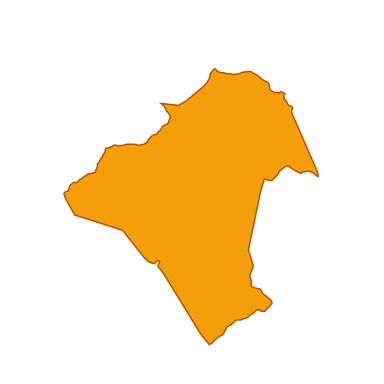 Guanambi, Bahia, Brazil, rotated 293°
{"feature_id": "56859067B56952710224851", "entity_name": "Guanambi", "entity_type": "district", "adm_level": 2, "iso_a3": "BRA", "parent_name": "Brazil", "parent_adm1": "Bahia", "projection": "orthographic", "projection_center": [-42.803, -14.19], "detail": "fine", "context": "isolated", "style": "filled", "palette": "amber", "viewbox_px": 384, "rotation_deg": 293, "n_neighbors": 0, "source": "geoboundaries", "source_scale": "gbopen_adm2", "svg_char_len": 3251}
<svg xmlns="http://www.w3.org/2000/svg" viewBox="0 0 384 384"><g transform="rotate(293 192 192)"><path d="M205.4,106.0L205.5,103.6L204.3,101.4L202.3,100.5L201.2,98.9L199.8,97.5L198.6,95.6L196.6,95.8L194.8,96.3L193.0,96.0L191.4,95.5L189.7,95.8L187.3,95.0L184.5,94.9L182.3,94.4L180.6,94.0L178.3,95.0L175.1,95.0L172.8,95.2L171.5,94.4L170.6,93.0L169.2,91.4L168.1,89.5L165.6,87.7L163.6,86.4L161.2,85.1L159.3,83.6L157.6,83.2L155.7,82.1L154.6,79.5L153.3,78.6L151.3,77.6L149.4,77.0L147.3,77.4L145.1,77.7L143.6,76.3L142.0,75.0L140.2,74.8L135.9,78.9L125.0,93.0L126.6,110.3L129.4,140.4L129.7,142.9L125.1,151.3L123.6,154.0L118.5,163.5L112.8,173.9L111.8,176.6L111.0,178.2L110.9,180.5L110.8,183.4L111.3,185.2L112.9,186.2L114.9,186.7L115.7,188.1L114.8,189.5L111.9,189.3L110.1,189.7L109.4,191.3L105.3,198.4L104.3,199.8L90.7,218.9L89.7,220.3L83.1,229.6L67.7,251.2L64.6,255.7L63.3,257.8L58.2,267.7L59.9,268.6L61.2,269.9L63.5,270.4L65.9,271.5L68.7,273.0L70.5,274.3L72.2,275.8L74.4,276.5L77.2,276.5L80.3,276.9L82.2,277.5L84.1,279.1L86.4,280.5L88.3,281.3L90.5,282.1L92.0,283.7L92.8,286.2L93.7,287.5L95.2,288.7L96.4,290.5L98.0,292.0L100.2,293.1L102.5,294.2L104.5,296.0L107.4,297.2L109.0,297.8L109.7,299.6L109.2,301.7L109.7,303.6L110.5,305.6L113.3,306.4L115.5,307.6L117.4,308.0L120.3,309.2L122.0,308.5L123.3,307.0L123.8,304.8L124.5,302.9L125.1,301.1L125.5,299.5L125.8,297.8L127.2,295.6L128.7,293.7L129.3,292.2L128.9,290.4L128.3,288.0L128.2,285.1L129.1,282.8L131.0,282.2L133.0,281.5L135.0,280.1L136.4,278.3L138.6,277.7L142.4,277.7L148.0,277.4L159.0,268.0L160.6,266.6L163.2,266.1L208.4,257.1L213.3,256.1L217.1,255.3L232.1,253.5L232.4,255.9L232.7,257.7L233.1,259.6L234.2,261.3L236.2,262.0L238.5,262.9L240.7,263.9L242.5,264.5L244.2,264.2L246.0,264.7L248.5,266.1L250.5,267.3L252.6,268.5L253.5,270.4L252.9,273.1L252.5,275.2L252.1,278.0L251.8,280.4L251.6,283.2L252.1,285.5L254.3,286.3L254.9,288.5L256.9,291.1L257.0,294.2L256.8,296.2L256.3,298.3L255.7,300.0L255.6,302.2L260.0,299.2L264.6,294.3L275.3,283.0L281.0,277.0L304.2,252.5L305.9,251.9L307.8,252.2L309.3,251.4L309.7,249.2L309.3,247.2L310.7,245.4L311.8,244.2L313.3,242.5L313.2,240.2L315.0,240.2L316.7,238.7L318.6,239.3L319.2,237.7L319.1,235.9L318.8,234.3L316.8,233.0L317.0,231.2L315.7,229.0L316.0,227.2L316.1,225.0L317.3,223.2L319.6,222.0L321.8,220.3L322.6,218.6L322.7,216.7L322.6,214.3L323.1,212.6L323.7,209.8L324.8,207.4L325.0,205.3L325.3,203.7L325.2,202.0L325.8,199.9L325.5,197.9L324.6,196.2L323.3,193.8L322.0,191.8L320.7,190.5L319.3,189.1L317.7,186.7L316.3,184.4L315.9,181.3L314.9,179.0L314.4,176.8L314.1,174.8L313.6,172.9L313.2,171.4L312.8,169.6L313.1,167.6L314.5,165.4L313.3,163.9L310.6,163.4L308.0,162.6L305.8,163.4L303.7,163.5L302.1,163.4L300.1,163.3L294.5,161.7L284.6,156.7L273.1,150.8L266.2,145.5L265.4,142.4L261.5,129.0L260.7,131.5L259.9,133.0L259.0,134.5L257.8,135.6L256.2,137.5L254.7,140.4L253.2,142.6L251.6,142.8L249.7,142.9L247.1,143.1L244.8,142.9L243.9,141.2L242.4,140.4L240.5,139.0L238.1,138.9L236.1,138.7L234.2,137.5L231.1,136.7L229.9,134.8L228.3,133.2L225.6,132.3L223.2,131.3L220.4,131.4L218.8,130.4L216.9,128.6L215.1,126.3L214.0,123.7L213.5,120.9L212.6,118.3L211.6,116.1L210.9,114.2L209.8,112.4L208.7,111.2L207.7,109.8L206.7,108.1L205.4,106.0Z" fill="#f59e0b" stroke="#b45309" stroke-width="1.5"/></g></svg>